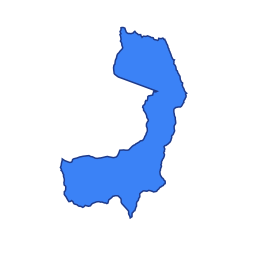 Silvanópolis, Tocantins, Brazil, rotated 304°
{"feature_id": "56859067B70110424139834", "entity_name": "Silvanópolis", "entity_type": "district", "adm_level": 2, "iso_a3": "BRA", "parent_name": "Brazil", "parent_adm1": "Tocantins", "projection": "orthographic", "projection_center": [-47.989, -11.112], "detail": "fine", "context": "isolated", "style": "filled", "palette": "blue", "viewbox_px": 256, "rotation_deg": 304, "n_neighbors": 0, "source": "geoboundaries", "source_scale": "gbopen_adm2", "svg_char_len": 5393}
<svg xmlns="http://www.w3.org/2000/svg" viewBox="0 0 256 256"><g transform="rotate(304 128 128)"><path d="M54.7,180.1L56.7,180.9L58.4,179.8L59.7,179.0L61.0,179.3L62.3,179.3L63.3,179.9L65.5,179.2L66.8,178.8L67.9,178.8L68.8,178.2L70.4,177.1L71.7,176.7L73.3,176.9L74.3,176.9L75.6,176.2L76.9,176.4L78.0,176.0L79.0,175.2L80.1,174.5L81.1,174.7L82.1,174.9L83.2,175.4L84.4,175.8L85.0,176.7L85.5,177.7L85.9,178.6L86.6,179.4L87.8,180.0L88.3,181.0L88.6,181.8L88.8,182.7L89.1,183.6L89.3,185.0L90.2,185.9L91.1,186.8L92.0,187.2L93.2,187.1L94.6,187.6L95.6,187.6L96.6,187.6L97.4,188.2L98.7,188.6L100.1,189.4L101.6,189.3L102.6,189.9L103.7,189.3L104.8,188.4L104.9,186.9L105.5,186.0L105.8,184.7L105.8,183.7L106.3,182.9L106.7,181.9L107.2,181.0L107.9,180.3L109.0,179.3L110.0,178.6L110.9,178.6L111.6,178.1L112.6,177.8L113.5,177.4L114.5,177.4L115.3,176.9L115.9,175.8L117.1,175.7L117.9,175.2L119.0,174.5L120.2,174.5L121.0,174.2L122.1,174.2L123.1,174.2L124.4,173.9L125.6,173.5L126.6,172.9L127.3,171.5L128.3,171.2L129.1,171.3L129.9,170.6L131.2,170.3L131.8,169.2L132.7,168.3L133.9,168.4L134.9,169.3L135.9,169.6L137.0,170.1L138.2,170.3L139.5,170.7L141.0,170.6L142.1,170.4L142.9,170.0L143.9,169.8L144.7,169.5L145.5,168.8L146.4,168.6L147.5,169.0L148.7,168.9L149.8,168.6L150.9,168.5L151.9,168.1L153.0,166.9L154.3,165.9L155.3,165.2L156.7,165.0L158.3,165.0L159.2,164.5L159.9,163.9L160.9,163.1L161.8,162.2L162.5,161.8L163.3,161.2L163.6,160.4L164.4,159.4L165.5,158.5L166.4,157.5L167.2,156.8L167.9,156.4L168.8,155.7L169.9,155.6L170.7,155.9L171.6,156.0L172.3,156.8L173.2,157.6L174.0,158.5L174.6,159.6L175.8,160.1L176.7,160.1L178.2,160.0L179.4,159.8L180.3,160.1L181.2,159.3L182.2,159.0L183.6,159.1L184.8,158.8L185.9,158.8L187.2,158.2L187.8,157.4L188.4,156.7L189.6,157.2L189.7,156.2L190.0,155.1L190.6,153.8L191.4,152.9L192.1,151.9L192.5,150.7L193.3,149.8L193.9,148.9L195.1,148.6L196.0,147.9L195.9,146.6L196.5,145.8L197.1,144.7L198.1,143.7L199.2,142.8L200.0,142.1L200.5,140.7L201.1,139.8L201.5,138.6L202.4,137.6L203.0,136.7L203.0,135.7L203.6,135.1L204.4,134.4L205.3,133.6L205.9,132.7L206.4,131.7L206.8,130.0L208.3,129.3L209.1,128.5L210.4,128.4L210.0,127.3L210.4,126.1L211.1,125.0L211.5,124.2L212.3,123.3L213.3,122.0L214.0,120.8L214.7,120.0L215.2,119.0L215.8,118.2L216.5,117.6L216.8,116.8L217.3,116.0L218.2,115.2L219.0,114.1L219.5,112.9L220.4,111.7L221.1,110.6L221.4,109.7L222.1,108.9L221.5,108.0L222.1,107.2L221.8,106.3L220.8,105.8L220.2,104.8L219.5,103.3L218.3,103.9L217.2,103.7L217.0,102.7L216.5,101.5L216.1,100.5L216.1,99.5L216.9,98.5L216.6,97.6L216.0,96.7L216.0,95.5L215.8,94.7L215.6,93.7L215.3,92.6L214.6,92.2L213.8,91.5L213.3,90.5L212.8,89.5L211.9,89.2L211.0,89.0L211.5,88.1L211.7,87.1L212.5,86.3L211.8,85.3L211.1,84.3L211.4,83.2L211.3,82.1L211.5,80.9L212.0,79.6L210.8,79.2L209.5,79.1L208.3,78.1L207.5,77.1L207.0,76.0L206.4,75.3L206.3,74.3L206.5,73.0L207.1,72.1L207.7,71.3L208.2,70.5L209.0,69.7L208.8,68.2L208.0,66.8L207.2,66.1L206.1,66.9L205.1,67.4L203.6,67.4L202.9,68.3L202.2,69.5L201.1,69.0L200.4,69.8L199.9,70.6L198.8,71.6L197.6,72.7L195.8,73.1L195.3,74.5L194.5,75.7L193.4,76.4L191.9,78.5L190.7,79.0L188.8,78.7L187.1,78.4L185.4,78.4L184.5,78.2L183.4,78.0L181.9,78.3L181.0,78.7L180.1,79.0L179.2,79.5L178.2,79.4L177.1,79.7L176.2,80.1L174.6,80.9L173.3,81.5L172.3,81.2L169.9,82.3L168.0,83.8L166.9,84.8L165.4,86.1L165.1,87.2L165.0,88.7L164.9,89.8L164.9,91.5L174.7,131.6L173.5,130.9L172.9,129.8L172.5,128.9L171.5,129.3L170.4,129.5L169.1,130.0L167.3,128.3L166.1,127.1L164.9,126.9L164.2,127.5L162.1,128.4L161.2,128.4L160.8,127.4L159.7,127.5L158.4,128.2L156.9,128.6L154.8,128.0L153.3,128.6L153.0,129.7L152.3,130.4L151.4,131.0L150.8,132.7L150.3,133.9L149.7,135.0L148.7,136.5L147.7,137.3L147.1,138.0L146.7,139.1L146.1,140.3L145.2,140.8L144.0,140.7L141.8,141.0L140.6,141.7L139.6,142.4L139.1,143.3L138.4,144.2L137.7,144.7L136.8,145.4L135.7,145.9L134.5,146.0L133.6,146.1L132.8,146.6L130.4,146.7L128.3,147.2L126.5,147.2L125.3,146.7L124.8,145.9L123.7,145.3L122.6,145.1L121.4,144.5L120.4,144.1L119.6,143.5L117.9,143.1L117.0,142.4L115.4,141.8L113.9,141.5L110.3,140.9L109.3,140.0L108.0,138.0L107.5,136.8L106.2,135.2L105.0,133.6L103.9,133.9L102.5,134.3L100.1,134.7L98.3,134.7L97.3,134.4L95.4,132.7L94.9,131.7L93.3,128.0L93.0,127.0L92.2,126.1L87.9,122.1L87.2,121.2L85.7,119.6L84.7,117.8L84.4,115.6L84.1,114.2L83.5,113.2L83.3,111.1L81.9,109.4L79.4,106.5L78.1,105.3L76.9,104.1L75.6,103.2L74.5,102.4L73.2,101.2L72.2,100.3L70.9,99.7L69.6,100.2L68.2,100.3L66.9,99.1L66.6,98.1L65.6,93.8L65.6,92.6L65.6,91.7L65.6,90.8L64.3,91.6L63.1,92.0L61.4,92.6L59.9,93.4L59.0,93.7L57.4,94.1L57.0,95.1L56.6,95.9L55.4,96.2L55.3,97.6L53.9,99.5L53.1,101.0L52.2,101.2L50.1,103.7L48.3,104.9L47.2,105.2L45.1,106.9L44.9,108.7L44.3,109.4L43.1,110.1L42.0,110.8L40.7,111.1L39.5,110.8L38.7,111.4L37.3,112.3L36.8,113.6L36.4,114.9L34.7,118.2L33.9,120.2L35.1,121.5L36.2,121.7L36.2,123.4L35.6,124.3L35.0,125.4L35.2,126.7L35.7,128.0L35.9,128.9L35.7,129.8L35.7,130.8L36.1,131.8L36.7,132.7L36.9,134.9L38.2,135.5L39.9,135.8L40.3,136.9L41.0,139.0L42.5,140.4L43.8,140.4L44.9,140.5L46.0,141.0L48.1,142.5L49.3,143.3L50.8,145.2L51.1,146.5L52.1,147.9L52.3,148.7L52.7,150.4L53.3,151.2L53.5,152.7L54.5,153.3L57.8,152.2L58.7,152.6L61.2,153.4L62.9,153.6L63.6,154.4L64.6,155.1L65.8,156.9L66.2,158.1L65.8,159.7L65.6,161.1L64.9,162.3L62.7,163.8L61.9,165.2L60.4,171.3L59.5,174.8L58.3,175.8L57.3,176.4L56.8,177.1L55.8,178.9L54.7,180.1Z" fill="#3b82f6" stroke="#1e3a8a" stroke-width="1.5"/></g></svg>